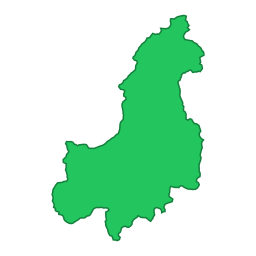 Muniz Freire, Espírito Santo, Brazil
{"feature_id": "56859067B51669196244688", "entity_name": "Muniz Freire", "entity_type": "district", "adm_level": 2, "iso_a3": "BRA", "parent_name": "Brazil", "parent_adm1": "Espírito Santo", "projection": "mercator", "projection_center": [-41.436, -20.403], "detail": "fine", "context": "isolated", "style": "filled", "palette": "green", "viewbox_px": 256, "rotation_deg": 0, "n_neighbors": 0, "source": "geoboundaries", "source_scale": "gbopen_adm2", "svg_char_len": 4479}
<svg xmlns="http://www.w3.org/2000/svg" viewBox="0 0 256 256"><path d="M150.7,221.3L151.5,219.9L152.6,218.8L153.3,216.8L154.6,215.0L154.2,213.0L153.9,210.6L154.7,208.4L156.6,207.5L158.3,208.0L160.5,208.9L161.5,210.5L161.7,212.7L163.3,211.8L165.0,211.5L165.0,209.6L163.9,207.7L164.2,206.1L165.0,204.3L166.7,203.5L168.2,202.9L169.8,202.4L172.1,201.7L172.8,199.2L171.3,198.0L169.6,197.0L168.9,195.5L169.2,193.7L169.7,192.1L169.7,190.3L169.9,188.0L170.7,186.4L173.4,187.1L175.7,187.5L177.2,187.4L178.9,187.6L180.2,186.0L181.9,185.7L183.7,187.0L185.6,188.0L187.8,189.0L190.8,189.2L192.9,189.5L195.6,189.2L197.4,188.0L198.6,186.1L199.3,184.5L198.1,182.4L196.5,181.7L196.5,179.6L198.1,177.5L199.9,176.7L200.2,174.3L199.9,172.6L199.1,170.9L199.2,168.4L199.0,165.5L199.5,163.1L200.5,160.6L201.1,157.6L200.1,155.5L200.5,153.5L201.2,150.4L202.2,147.8L201.8,145.4L201.5,143.5L202.2,141.6L203.5,139.9L201.7,138.9L200.3,137.4L199.3,135.5L199.4,132.8L200.7,131.4L200.4,129.9L199.6,127.7L198.9,125.4L196.5,123.8L194.4,123.6L192.9,121.6L191.7,119.4L189.9,118.8L187.9,120.1L186.1,119.2L186.0,116.3L186.1,114.1L185.2,112.0L183.5,110.7L183.5,109.0L183.8,106.5L182.4,104.8L182.8,103.0L182.0,100.9L181.0,98.7L179.8,95.9L180.0,93.7L180.1,91.9L180.0,89.4L179.2,87.1L178.5,84.5L178.0,82.7L178.5,81.0L180.0,80.2L180.5,78.5L181.2,77.0L181.7,74.6L183.4,72.9L185.0,73.0L186.3,71.7L188.2,71.2L189.5,70.1L191.2,70.4L192.7,72.4L195.5,71.9L197.0,72.0L198.4,71.2L200.2,71.6L201.3,70.1L202.3,68.8L202.1,66.7L201.7,65.0L199.6,63.8L200.7,62.2L200.2,59.9L199.8,57.4L202.1,56.2L203.9,55.2L203.9,53.5L203.3,51.6L201.9,50.4L201.1,48.3L199.9,47.1L198.1,45.7L196.8,43.8L194.3,42.8L192.3,40.9L189.9,40.5L186.8,39.9L185.0,39.5L183.7,37.5L183.5,35.7L184.4,34.1L185.7,32.1L187.6,31.1L189.5,29.7L188.3,28.7L187.5,27.4L189.0,25.5L187.8,23.8L187.2,21.6L185.4,20.4L186.0,17.8L186.3,16.2L184.0,15.4L181.6,15.8L179.5,16.3L177.7,16.7L176.0,17.7L174.2,19.0L172.6,18.8L170.6,18.8L170.4,21.1L171.0,24.2L170.0,26.4L168.5,28.1L166.6,28.5L164.9,28.7L160.7,28.3L161.5,30.5L160.6,32.2L158.9,34.3L157.4,33.9L155.3,34.4L152.8,33.4L151.2,35.3L149.7,37.5L147.0,38.1L146.1,40.2L145.0,41.7L143.6,42.8L141.6,44.3L140.8,45.8L139.0,47.6L138.2,49.7L137.3,51.0L136.1,52.2L135.5,54.1L134.7,55.9L133.4,56.7L132.9,58.2L134.2,59.9L136.8,61.0L137.4,63.0L136.4,64.3L135.7,66.1L135.6,68.0L135.4,69.7L133.8,71.1L132.5,72.3L131.1,73.1L130.1,74.5L128.3,76.0L127.6,77.8L126.4,78.7L125.3,79.8L123.6,80.5L123.0,82.5L121.5,84.0L119.4,84.8L118.7,86.7L119.7,88.1L120.8,89.4L123.1,89.6L124.6,90.6L124.4,92.4L123.7,93.9L123.8,96.1L125.7,97.2L126.2,98.9L124.9,100.3L123.0,101.8L122.0,104.2L122.1,107.0L122.6,108.6L123.0,110.7L123.1,113.4L123.6,115.3L123.2,117.2L123.3,119.2L121.9,120.8L120.6,122.3L120.0,124.5L119.9,127.0L119.7,129.4L118.9,131.8L118.2,133.8L116.5,134.5L115.1,135.9L114.1,137.1L112.1,138.1L110.6,139.3L109.3,140.3L107.4,141.4L105.4,143.6L103.6,144.8L102.1,145.5L99.5,146.3L97.4,147.2L94.5,148.3L92.4,148.4L90.3,148.3L88.5,148.1L87.5,146.2L86.4,144.7L84.2,144.3L82.2,144.5L80.4,144.7L78.9,144.9L77.4,145.7L76.0,144.7L74.1,144.0L72.7,142.1L70.9,141.6L68.8,141.7L66.5,141.6L65.6,143.7L66.8,145.4L67.2,148.1L67.9,150.1L68.9,151.6L67.9,153.0L66.6,154.4L66.1,156.8L64.8,158.0L63.2,159.5L63.3,162.3L64.6,163.0L66.2,163.7L66.1,165.7L66.2,167.6L65.5,169.8L66.4,171.8L66.8,173.6L67.3,175.2L67.1,177.0L67.9,178.8L66.7,181.1L64.7,181.4L63.2,181.7L61.9,182.5L59.7,182.6L57.5,182.9L56.2,184.5L54.5,187.2L53.1,189.5L52.6,192.7L52.1,194.6L53.0,196.7L53.0,198.9L52.4,201.1L53.7,203.1L54.2,205.2L53.6,207.3L55.4,208.4L55.3,210.5L56.6,211.4L58.9,211.9L58.8,214.4L60.9,214.7L62.6,215.5L63.6,217.1L64.0,219.1L64.8,220.5L66.7,222.0L69.0,223.2L70.9,223.6L72.7,223.3L74.5,222.0L76.1,221.0L78.3,219.7L80.1,218.1L81.9,217.9L83.6,218.0L85.2,217.6L86.6,216.2L89.0,215.7L90.3,214.7L91.3,212.9L92.1,211.5L92.9,210.1L93.7,208.7L96.3,207.5L98.9,207.6L101.4,207.3L103.6,208.0L105.9,207.8L107.9,208.3L109.1,210.0L107.5,211.2L105.7,212.1L105.8,214.7L106.0,217.5L106.5,220.1L105.2,221.4L105.7,223.3L105.7,225.3L106.6,227.4L107.7,229.5L108.0,231.5L108.6,233.2L109.8,235.4L112.0,236.2L112.6,237.9L113.3,239.9L115.4,240.0L117.3,240.6L119.5,239.5L120.1,237.2L118.7,236.2L118.3,233.8L120.3,232.1L121.1,229.7L121.5,227.9L123.6,226.6L125.7,226.2L127.0,227.2L128.8,227.3L130.8,225.8L132.0,224.3L132.2,221.9L133.5,219.9L134.8,218.7L136.9,217.4L138.1,215.7L139.4,216.5L141.1,217.4L143.5,217.6L145.7,217.7L147.6,218.9L148.8,220.1L150.7,221.3Z" fill="#22c55e" stroke="#15803d" stroke-width="1.5"/></svg>